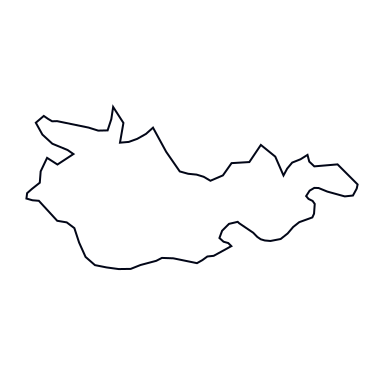 the border of Gitega, rotated 93°
{"feature_id": "BDI-2639", "entity_name": "Gitega", "entity_type": "Province", "adm_level": 1, "iso_a3": "BDI", "parent_name": "Burundi", "parent_adm1": "", "projection": "albers", "projection_center": [29.917, -3.445], "detail": "fine", "context": "isolated", "style": "outline", "palette": "ink", "viewbox_px": 384, "rotation_deg": 93, "n_neighbors": 0, "source": "natural_earth", "source_scale": "10m", "svg_char_len": 1304}
<svg xmlns="http://www.w3.org/2000/svg" viewBox="0 0 384 384"><g transform="rotate(93 192 192)"><path d="M175.8,27.0L180.0,27.7L187.1,31.1L188.4,39.2L184.5,56.9L181.4,65.8L181.5,70.1L184.5,74.6L190.1,77.8L192.8,75.3L194.6,71.1L197.5,68.8L207.3,69.0L211.1,70.5L216.5,83.3L221.6,89.1L228.4,94.3L234.3,101.0L236.8,111.1L236.6,116.8L235.6,120.9L233.4,124.5L229.5,128.7L220.7,143.3L219.4,144.8L221.9,153.4L229.1,159.9L236.5,162.2L240.0,157.9L241.1,153.1L244.0,149.9L254.6,167.0L255.6,173.3L259.5,178.1L262.8,183.3L259.2,207.2L259.4,218.6L262.6,224.1L267.6,239.6L272.0,249.2L272.8,261.2L271.8,273.3L270.1,285.1L262.4,294.9L248.4,302.1L234.2,307.6L228.9,315.5L227.8,325.1L208.8,344.5L208.6,350.9L207.2,357.0L201.8,356.6L197.3,352.0L190.7,344.5L179.3,344.2L165.5,338.5L171.6,327.8L160.3,312.4L156.6,318.4L151.1,334.0L142.5,344.4L131.0,351.6L123.8,344.0L126.5,339.6L128.7,335.4L128.3,330.4L133.1,298.6L135.6,288.9L134.9,279.5L123.5,276.4L111.2,275.2L126.6,264.1L146.5,266.5L145.3,257.8L141.8,249.5L136.4,241.0L129.8,234.3L153.2,219.9L172.1,205.3L174.0,196.8L174.4,188.3L176.2,181.1L179.8,174.2L173.8,162.0L161.1,154.0L159.1,136.3L141.4,125.7L152.3,110.7L170.7,101.5L163.7,98.2L157.4,93.5L153.6,85.3L148.9,78.6L155.5,76.5L160.0,71.2L156.8,48.1L175.8,27.0Z" fill="none" stroke="#020617" stroke-width="2"/></g></svg>